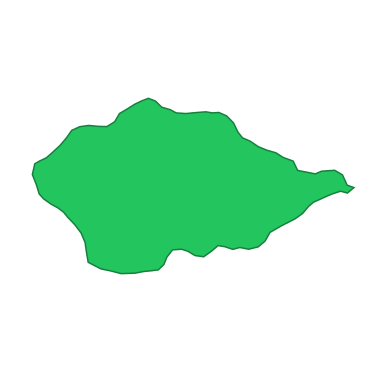 outline of Cocal do Sul, Santa Catarina, Brazil, rotated 6°
{"feature_id": "56859067B62749816333800", "entity_name": "Cocal do Sul", "entity_type": "district", "adm_level": 2, "iso_a3": "BRA", "parent_name": "Brazil", "parent_adm1": "Santa Catarina", "projection": "albers", "projection_center": [-49.326, -28.6], "detail": "fine", "context": "isolated", "style": "filled", "palette": "green", "viewbox_px": 384, "rotation_deg": 6, "n_neighbors": 0, "source": "geoboundaries", "source_scale": "gbopen_adm2", "svg_char_len": 1274}
<svg xmlns="http://www.w3.org/2000/svg" viewBox="0 0 384 384"><g transform="rotate(6 192 192)"><path d="M331.7,155.5L324.8,156.7L318.6,157.8L312.7,161.1L305.2,160.4L294.8,159.5L289.4,150.7L279.0,148.1L271.5,144.3L262.1,142.6L253.2,140.0L244.8,135.5L236.5,132.8L231.4,127.6L226.2,119.1L218.5,112.7L210.4,110.1L203.9,111.2L197.4,110.8L187.0,112.7L177.8,114.6L168.0,115.0L161.8,112.4L153.0,110.8L146.0,105.3L138.8,103.4L132.7,106.5L125.7,110.8L118.0,116.9L111.7,121.5L107.8,130.2L100.6,135.8L92.4,136.5L82.3,136.6L73.5,138.8L66.0,143.2L61.4,151.4L55.8,159.6L48.3,168.1L43.5,173.3L37.6,176.8L32.7,180.4L31.4,191.3L36.6,201.3L40.2,209.9L45.2,214.4L53.3,218.9L60.1,221.7L66.4,225.5L70.9,230.0L78.8,236.7L86.0,244.4L90.9,253.3L93.4,263.1L96.1,272.8L102.3,275.2L109.5,278.0L120.3,279.1L130.1,280.6L143.7,278.7L152.4,276.1L159.7,274.6L166.6,273.0L171.6,267.1L173.9,259.3L178.7,251.6L187.6,250.0L194.1,251.4L201.6,254.9L210.4,255.2L217.6,248.8L223.5,242.6L230.6,243.0L238.5,244.8L245.4,242.2L254.4,243.0L263.7,239.6L269.8,233.2L273.8,224.0L284.6,216.2L291.5,211.7L297.6,207.7L304.4,201.6L309.4,194.2L314.0,189.4L320.9,185.4L326.7,182.0L332.2,179.0L339.7,175.7L346.7,176.8L352.6,170.7L345.6,169.0L339.9,159.3L331.7,155.5Z" fill="#22c55e" stroke="#15803d" stroke-width="1.5"/></g></svg>